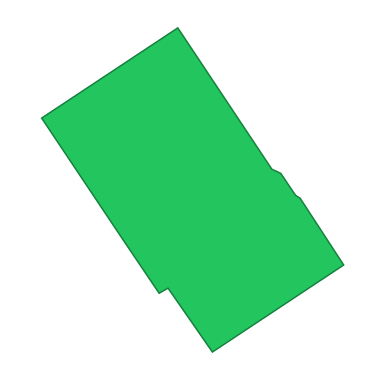 Miller, Georgia, United States of America (Albers equal-area conic projection), rotated 55°
{"feature_id": "52423323B69845491949418", "entity_name": "Miller", "entity_type": "district", "adm_level": 2, "iso_a3": "USA", "parent_name": "United States of America", "parent_adm1": "Georgia", "projection": "albers", "projection_center": [-84.711, 31.163], "detail": "fine", "context": "isolated", "style": "filled", "palette": "green", "viewbox_px": 384, "rotation_deg": 55, "n_neighbors": 0, "source": "geoboundaries", "source_scale": "gbopen_adm2", "svg_char_len": 311}
<svg xmlns="http://www.w3.org/2000/svg" viewBox="0 0 384 384"><g transform="rotate(55 192 192)"><path d="M45.2,272.8L191.3,275.9L256.1,277.0L257.0,266.8L334.8,267.1L338.8,109.6L259.2,107.0L254.0,109.1L227.6,108.6L219.2,113.5L49.4,109.5L45.2,272.8Z" fill="#22c55e" stroke="#15803d" stroke-width="1.5"/></g></svg>